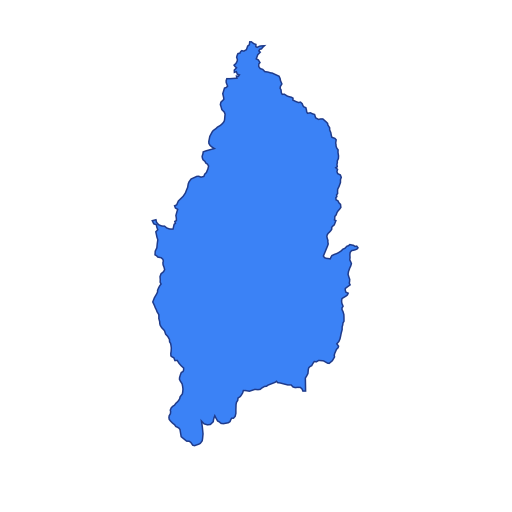 Posse, Goiás, Brazil, rotated 111°
{"feature_id": "56859067B54969559433464", "entity_name": "Posse", "entity_type": "district", "adm_level": 2, "iso_a3": "BRA", "parent_name": "Brazil", "parent_adm1": "Goiás", "projection": "orthographic", "projection_center": [-46.453, -14.224], "detail": "fine", "context": "isolated", "style": "filled", "palette": "blue", "viewbox_px": 512, "rotation_deg": 111, "n_neighbors": 0, "source": "geoboundaries", "source_scale": "gbopen_adm2", "svg_char_len": 5904}
<svg xmlns="http://www.w3.org/2000/svg" viewBox="0 0 512 512"><g transform="rotate(111 256 256)"><path d="M364.3,161.3L352.2,166.2L350.4,165.8L347.1,165.4L343.2,166.5L341.4,166.7L339.9,166.0L338.4,164.7L336.0,164.4L333.6,163.8L333.2,161.8L331.0,160.0L329.7,155.5L330.4,150.7L330.0,149.2L326.4,147.2L322.1,146.5L320.6,147.4L318.8,147.6L314.3,147.4L312.2,146.5L310.6,146.6L309.0,149.1L306.1,148.0L303.2,147.9L299.9,148.4L297.6,148.8L293.9,149.2L291.2,150.2L289.3,150.3L287.4,150.8L285.3,150.5L281.5,152.0L279.2,153.0L276.8,154.8L275.1,156.6L273.5,157.1L271.7,156.7L269.4,158.9L267.3,160.0L264.9,160.5L261.0,157.5L259.6,156.7L257.7,156.6L257.6,159.1L255.8,160.5L254.3,161.0L249.2,157.8L247.9,159.2L246.3,159.5L244.3,160.1L242.3,161.8L240.1,163.5L237.3,164.1L235.4,164.1L233.7,164.2L231.4,164.0L228.9,164.2L227.6,165.4L226.0,167.1L223.7,167.7L221.3,168.8L218.9,169.4L216.7,168.7L215.8,167.2L214.7,165.7L213.3,164.2L211.8,163.7L210.7,165.5L211.6,167.1L211.1,168.8L211.4,170.5L211.7,172.5L213.2,173.3L214.4,174.7L216.9,175.7L218.6,177.4L220.7,178.3L223.1,180.0L224.8,181.5L226.4,183.4L228.4,185.3L230.3,185.6L232.1,185.7L232.4,187.3L233.0,189.6L233.0,191.4L231.9,193.1L221.1,192.8L218.9,192.9L217.1,194.0L215.6,194.5L214.0,195.8L212.3,196.9L210.8,197.1L209.1,196.8L207.2,195.9L205.3,195.2L203.7,194.9L202.3,195.6L200.9,195.2L198.9,194.1L196.0,194.1L194.3,194.1L194.2,195.7L192.5,196.0L190.9,196.6L188.9,195.9L186.4,196.0L184.3,195.5L182.5,194.8L180.2,194.2L177.5,195.6L176.6,197.7L175.1,199.3L174.9,201.3L173.0,202.4L171.6,201.8L170.1,202.7L168.4,202.2L166.3,203.1L164.3,203.7L161.5,203.4L157.1,203.5L154.4,204.5L152.0,204.6L150.1,206.3L149.8,209.3L148.2,210.7L145.9,210.9L145.0,213.2L143.6,212.1L141.4,213.3L139.7,213.5L138.1,214.2L135.6,214.0L133.0,214.8L129.9,216.6L127.5,217.4L126.4,219.2L124.8,220.6L123.4,221.2L122.0,222.1L118.8,222.8L117.9,224.6L118.0,227.7L116.6,228.8L114.0,230.4L111.9,232.4L109.9,233.2L107.9,235.9L106.5,236.7L105.6,238.7L104.1,242.7L104.9,244.8L106.1,246.6L105.6,249.9L102.9,252.0L103.0,254.5L102.8,256.5L104.3,259.0L103.3,260.3L101.5,261.3L99.7,262.6L99.6,264.9L98.7,266.2L97.3,267.4L96.4,269.6L97.5,271.3L97.5,274.3L97.2,277.5L95.4,278.0L95.1,279.8L95.4,282.3L95.5,284.0L94.8,287.6L95.7,289.4L94.5,290.9L91.9,292.2L90.8,293.6L88.8,294.0L86.1,293.5L83.6,295.9L81.7,297.1L79.9,298.9L79.6,303.6L79.4,306.4L79.8,308.1L80.0,310.8L80.7,313.8L79.4,316.6L79.5,319.3L78.1,321.4L75.7,322.2L74.0,321.6L72.1,324.1L71.9,326.4L67.4,326.5L65.9,325.8L64.2,325.1L63.5,326.9L61.6,326.5L60.7,325.1L59.0,324.6L56.7,323.5L58.1,326.6L58.9,327.9L60.8,329.7L60.6,331.2L58.5,331.9L58.6,333.9L57.7,337.2L58.3,338.6L61.2,337.9L62.9,339.0L66.8,338.9L69.1,340.8L69.4,342.9L70.8,343.6L72.3,343.7L73.5,345.4L75.5,345.5L77.4,345.3L79.2,343.8L80.7,343.4L83.4,343.7L85.7,344.9L86.6,343.5L87.3,341.6L90.2,342.9L92.3,342.0L90.9,340.4L93.0,338.6L92.8,336.4L94.6,336.8L95.0,338.7L96.8,337.5L99.8,343.9L100.9,346.8L103.0,346.7L104.7,346.0L107.6,343.4L109.3,344.1L110.5,345.6L114.6,345.3L116.4,345.2L118.3,343.9L119.8,342.9L121.3,342.2L123.5,343.2L125.0,343.9L127.5,343.5L129.2,342.1L131.6,340.3L133.0,337.2L134.7,335.7L140.0,334.2L141.5,334.0L143.0,334.3L145.0,335.1L146.9,336.1L149.5,338.2L151.3,339.0L154.2,340.9L155.9,341.4L160.9,342.0L166.0,341.1L167.8,340.3L169.3,338.4L170.0,336.4L170.6,333.4L175.7,340.3L177.7,342.6L179.5,342.2L182.3,342.0L183.7,341.2L185.1,340.0L186.0,337.5L187.2,336.2L187.6,334.3L189.0,332.5L192.0,332.1L194.2,332.2L195.8,332.2L198.0,333.2L200.4,333.2L202.1,335.6L202.1,338.0L202.8,339.7L207.4,344.2L210.8,345.1L213.0,345.1L216.5,344.4L219.0,344.5L222.5,344.5L226.4,345.4L232.5,348.2L236.7,348.4L238.3,350.0L240.1,348.4L240.5,345.8L242.8,345.7L246.9,345.3L249.1,344.0L251.5,343.0L252.8,344.2L254.4,342.9L255.7,343.8L260.6,343.1L261.4,345.1L261.8,346.8L261.8,349.5L260.9,352.1L261.5,353.6L261.8,355.3L261.7,358.0L260.2,360.9L258.0,362.4L260.2,365.5L262.6,363.0L262.6,360.0L264.3,359.2L266.7,357.1L269.3,358.2L273.8,355.3L276.0,353.5L279.9,352.6L283.9,351.5L287.6,351.8L291.1,350.7L291.4,348.9L292.2,347.3L291.6,343.9L292.5,341.7L293.9,340.7L295.6,340.5L297.5,339.6L299.6,337.7L301.5,336.4L303.8,336.7L306.6,338.3L309.7,338.2L312.4,336.9L314.8,336.1L316.2,334.6L318.3,335.2L320.5,335.5L323.3,335.6L324.9,335.0L327.2,335.2L331.4,335.9L335.9,335.9L339.0,332.7L340.3,331.6L342.0,329.7L343.5,328.4L345.6,325.7L347.8,324.8L349.2,324.3L351.8,322.4L353.6,321.6L355.0,320.6L356.7,318.4L358.5,314.7L361.4,312.3L362.7,309.6L364.9,306.9L367.1,305.9L368.2,304.4L370.0,303.3L372.2,302.1L375.3,301.1L377.6,300.6L379.8,299.6L380.3,298.0L380.4,296.3L381.6,295.2L382.7,294.2L381.7,292.1L383.7,289.5L384.6,287.8L385.3,286.5L386.5,283.4L388.5,282.7L390.0,282.7L391.5,284.0L393.8,284.0L396.8,283.8L398.5,283.3L399.9,281.8L401.8,279.2L403.8,277.9L406.4,276.5L408.8,275.8L411.2,275.3L413.0,275.9L414.7,276.4L416.6,276.1L418.7,276.5L420.2,277.0L422.4,278.1L424.5,278.6L426.2,279.9L428.1,280.7L430.6,280.8L431.9,279.9L433.9,279.4L436.3,279.8L438.0,279.4L439.6,278.5L440.7,276.7L441.9,274.1L442.7,271.5L443.9,269.8L444.0,268.1L444.3,266.3L445.2,264.8L451.5,261.1L452.7,257.5L453.7,254.4L452.9,252.0L453.4,250.0L455.3,247.3L455.1,245.4L453.8,243.9L452.1,241.9L450.9,240.9L449.3,240.4L447.8,240.0L445.8,240.4L441.1,241.7L434.7,244.9L432.4,246.2L429.6,247.8L431.3,244.3L431.0,240.8L429.6,238.2L426.0,236.5L424.2,237.0L422.1,237.2L419.9,237.2L421.5,235.5L423.8,232.7L424.0,230.8L424.8,228.6L424.2,226.3L421.6,222.1L419.9,220.9L417.7,220.9L416.1,220.5L415.5,218.9L413.2,218.0L410.1,218.4L407.0,219.6L401.8,221.4L399.5,221.8L397.4,221.3L395.1,221.9L392.8,220.3L390.8,219.8L388.5,219.4L386.1,219.6L385.3,217.3L384.6,213.7L380.9,209.2L380.1,206.3L379.0,204.3L377.2,203.3L374.8,201.4L373.8,199.5L372.2,198.5L367.1,192.9L365.6,192.0L366.5,190.4L365.9,188.1L365.0,180.2L363.8,177.0L365.0,174.5L364.8,172.2L363.7,170.1L362.8,167.5L363.7,165.3L365.3,163.8L364.3,161.3Z" fill="#3b82f6" stroke="#1e3a8a" stroke-width="1.5"/></g></svg>